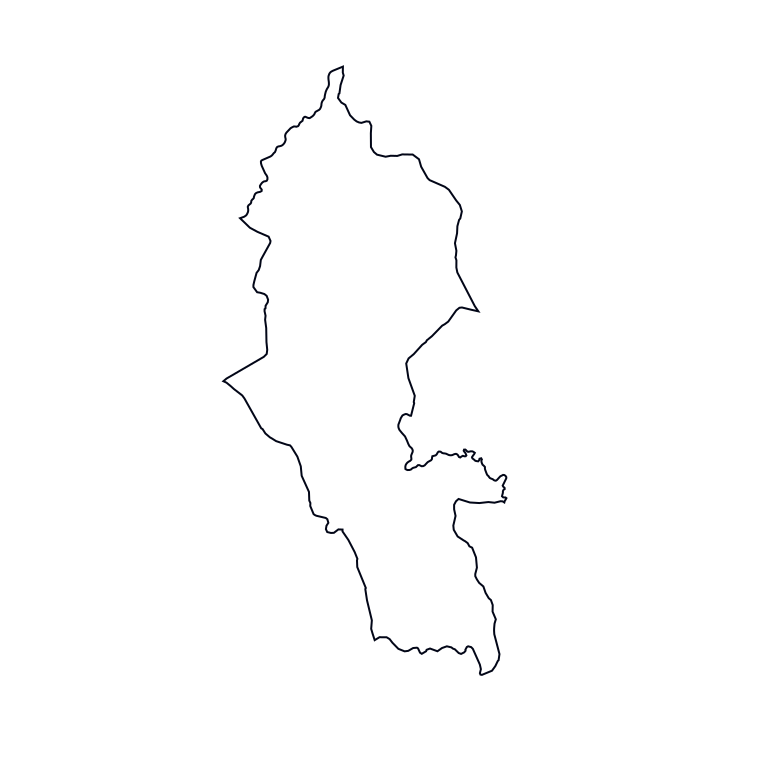 Villa Canales, Guatemala, rotated 155°
{"feature_id": "79465075B61187237098810", "entity_name": "Villa Canales", "entity_type": "district", "adm_level": 2, "iso_a3": "GTM", "parent_name": "Guatemala", "parent_adm1": "", "projection": "albers", "projection_center": [-90.541, 14.401], "detail": "fine", "context": "isolated", "style": "outline", "palette": "ink", "viewbox_px": 768, "rotation_deg": 155, "n_neighbors": 0, "source": "geoboundaries", "source_scale": "gbopen_adm2", "svg_char_len": 6156}
<svg xmlns="http://www.w3.org/2000/svg" viewBox="0 0 768 768"><g transform="rotate(155 384 384)"><path d="M267.8,410.0L268.8,416.2L270.4,454.1L269.2,459.0L266.1,465.5L265.7,468.6L264.4,470.2L262.1,474.1L260.2,481.6L254.1,489.7L250.8,496.0L246.6,501.0L244.9,501.8L240.5,507.5L239.6,514.2L241.0,519.8L243.1,532.6L245.5,537.0L256.5,549.5L257.5,552.2L258.5,565.2L257.3,572.9L261.0,579.8L270.5,584.4L275.6,585.1L281.4,588.0L286.5,589.3L293.4,594.8L295.1,598.5L295.7,604.2L293.6,608.8L289.9,616.9L286.4,623.3L286.4,627.9L289.0,629.5L294.1,630.2L296.1,631.6L297.8,633.5L299.2,636.1L301.2,641.9L301.1,653.3L303.7,657.1L304.8,662.7L302.5,666.0L301.6,666.2L297.0,673.3L290.2,680.6L289.7,683.7L287.1,689.0L297.8,689.5L299.8,689.4L300.7,689.2L301.6,688.8L302.4,688.3L303.3,687.4L304.0,686.7L304.6,685.8L305.2,684.5L305.7,683.2L306.4,680.9L306.8,680.0L307.2,679.0L308.0,677.8L308.9,676.9L311.3,675.3L313.2,673.6L314.9,671.5L316.0,670.0L316.8,668.6L317.9,667.6L319.5,666.9L320.6,666.2L321.7,665.1L322.4,664.1L323.0,663.0L323.6,662.2L324.5,661.3L325.8,660.3L326.9,659.9L331.0,659.6L332.3,658.7L333.3,657.8L334.7,657.2L335.6,656.9L337.4,656.6L339.0,656.4L340.2,657.1L341.0,657.9L342.3,659.4L343.2,659.7L344.6,659.2L345.3,658.6L346.6,657.0L349.7,656.3L351.1,655.3L351.9,654.5L352.9,654.0L354.7,654.2L355.7,654.9L356.8,655.5L358.5,655.5L360.6,655.3L366.1,653.1L367.4,652.3L368.1,651.6L368.7,650.8L369.2,649.4L369.6,647.5L370.2,646.5L371.5,645.2L372.3,644.6L373.6,643.9L375.1,643.4L376.4,643.3L378.2,643.6L379.1,643.9L380.5,644.0L381.8,643.3L382.5,642.6L383.4,641.5L384.9,640.2L386.4,639.8L387.9,639.0L389.1,638.5L390.6,638.2L391.6,638.2L399.6,638.4L400.7,638.3L401.5,637.7L402.2,636.0L402.6,633.4L402.7,625.2L402.2,622.4L402.3,620.6L403.1,618.8L404.3,617.8L405.5,617.8L407.0,618.3L408.3,618.2L409.5,617.9L411.4,616.9L412.7,616.0L413.2,614.8L413.1,613.6L412.8,612.7L412.7,611.7L413.4,610.6L415.1,610.5L417.6,611.1L419.3,611.1L420.7,610.6L422.7,608.7L423.4,607.6L424.3,607.1L425.3,606.9L426.8,606.1L427.8,604.5L428.6,603.9L431.3,603.2L432.4,602.4L432.8,601.5L433.1,600.2L433.6,598.9L434.4,597.6L435.1,596.9L436.3,595.9L437.6,595.1L438.8,594.9L439.8,594.7L441.2,594.8L442.3,594.9L444.4,595.1L439.5,582.3L434.4,575.4L426.3,566.3L426.4,561.6L427.6,559.9L440.1,550.8L443.2,548.5L446.5,543.2L449.4,540.2L452.5,538.6L458.1,532.0L460.5,528.9L461.4,527.0L460.2,520.8L457.6,519.0L454.4,516.1L453.1,513.5L453.4,509.4L454.8,507.2L458.2,505.0L459.5,502.6L460.6,502.3L461.5,500.4L462.5,495.9L464.6,492.5L467.1,484.5L472.8,471.7L475.4,464.3L477.6,460.8L481.5,459.4L524.4,455.5L528.4,454.4L526.2,451.8L523.8,446.8L522.1,442.8L517.3,433.5L516.6,429.9L514.0,395.7L513.1,394.5L512.4,389.3L509.9,383.8L508.8,382.3L505.9,377.8L497.6,370.0L495.1,368.1L494.5,366.1L493.2,354.8L494.2,344.6L497.4,335.6L497.6,317.9L501.0,309.9L501.0,307.3L502.4,304.6L502.8,295.8L502.0,294.4L501.0,293.2L493.4,287.2L492.5,285.4L493.1,281.7L496.0,279.9L498.0,277.0L498.0,273.8L495.0,271.4L492.3,270.3L486.8,271.5L483.1,269.6L483.9,267.9L482.2,257.7L481.6,244.1L482.0,236.8L483.0,235.6L485.6,229.4L486.7,206.8L487.6,206.1L490.8,195.2L494.9,174.9L499.1,167.5L499.8,162.9L500.7,155.8L495.1,156.4L488.7,153.4L486.7,150.4L485.7,145.9L482.9,137.9L478.3,133.0L474.8,131.9L469.2,132.4L465.6,131.1L464.9,130.0L464.9,125.3L463.8,123.5L458.8,124.0L457.7,125.1L454.1,124.8L448.5,119.2L443.0,120.2L437.9,119.7L434.2,116.8L433.4,115.1L431.9,113.6L430.0,108.6L428.2,106.8L424.7,106.9L422.8,107.8L422.5,108.8L420.1,110.6L418.6,110.7L416.2,108.7L415.4,106.4L415.7,89.2L416.7,84.6L419.3,81.4L419.4,79.9L418.2,79.0L407.3,78.5L402.3,81.3L397.9,84.9L396.9,85.2L393.5,90.4L389.8,110.6L388.5,113.9L387.4,116.1L385.1,120.1L382.1,123.5L381.8,131.8L378.9,137.7L378.4,143.0L379.6,145.6L380.2,151.8L379.5,158.5L381.8,163.5L382.4,167.6L382.5,171.2L381.6,173.2L377.4,178.3L373.9,188.0L373.3,198.4L375.2,200.8L375.4,204.4L376.9,207.2L378.0,208.7L381.7,214.7L382.4,222.4L381.0,226.4L374.9,234.2L373.4,240.8L371.5,244.9L368.3,247.3L365.0,248.3L356.2,240.3L347.9,235.8L339.3,232.9L334.0,229.7L327.9,228.5L326.1,227.5L325.0,225.8L324.2,226.8L322.8,227.7L321.3,228.8L321.8,229.8L323.1,230.4L323.9,230.9L324.5,232.4L323.1,234.1L322.2,235.2L321.6,236.5L320.8,237.3L320.0,237.7L319.0,237.8L318.6,239.0L319.3,240.5L319.4,241.7L313.1,246.8L312.5,247.9L312.7,249.4L313.4,250.6L314.5,251.3L315.8,251.2L317.5,251.2L319.5,250.4L320.9,249.8L322.1,249.3L323.5,249.1L324.4,249.7L325.1,250.5L325.7,251.8L326.9,253.0L327.8,254.1L328.1,255.3L328.2,256.3L328.8,257.6L328.9,259.1L328.8,260.5L328.6,262.9L328.5,263.8L328.3,264.7L327.6,266.1L328.0,267.5L328.8,269.3L328.7,271.5L328.5,272.4L328.0,273.6L327.2,274.2L327.3,275.6L329.0,275.9L330.0,274.7L331.3,274.1L332.4,274.8L333.7,275.8L334.2,277.1L335.3,279.2L335.2,280.5L333.4,281.6L332.0,282.3L330.8,283.2L331.6,284.7L332.5,285.7L334.0,286.4L335.1,286.6L336.5,287.0L337.3,288.2L337.6,289.4L338.0,290.2L339.2,290.7L340.0,289.8L339.8,288.5L339.5,287.5L339.4,286.5L339.5,284.5L340.5,284.0L341.7,284.5L342.9,285.6L344.6,285.5L346.0,285.2L346.9,286.2L347.1,288.4L347.5,289.4L348.3,290.3L349.9,290.7L351.5,290.7L352.6,290.8L354.1,291.4L355.3,292.3L357.2,294.6L358.6,295.6L359.5,296.1L360.4,296.9L361.3,298.7L362.8,299.6L364.0,299.4L366.1,297.9L367.4,297.5L370.7,298.1L371.6,296.9L372.3,295.7L373.5,295.0L376.6,294.8L377.5,294.7L380.3,293.6L381.4,293.1L383.1,293.0L384.7,293.6L386.2,295.5L387.5,296.1L390.2,295.2L393.0,295.7L394.6,295.5L395.7,295.1L397.2,295.3L398.9,296.0L399.8,296.8L400.5,297.9L399.7,299.9L398.7,301.3L397.3,302.3L395.9,302.9L394.4,303.2L392.7,303.3L391.2,303.9L390.6,305.1L390.2,306.5L389.6,307.7L388.7,308.6L386.7,310.4L386.0,311.7L385.9,312.9L386.1,314.4L386.6,315.4L387.2,317.0L387.3,319.3L387.1,323.1L387.1,327.6L388.5,332.2L389.4,335.8L389.4,337.3L389.3,338.3L389.0,339.3L388.6,340.2L388.1,341.1L384.4,344.7L383.4,345.8L381.5,347.1L380.5,347.7L378.5,347.8L376.9,347.6L375.9,346.9L374.9,345.6L373.8,344.2L372.9,343.8L364.7,353.9L364.7,355.0L361.1,360.3L359.4,379.0L355.2,393.2L350.9,396.8L344.4,398.5L332.8,403.4L328.3,404.3L326.7,405.5L320.3,407.1L306.6,412.3L303.8,412.5L299.4,413.4L287.4,420.2L283.4,421.2L281.0,420.4L273.4,414.3L267.8,410.0Z" fill="none" stroke="#020617" stroke-width="2"/></g></svg>